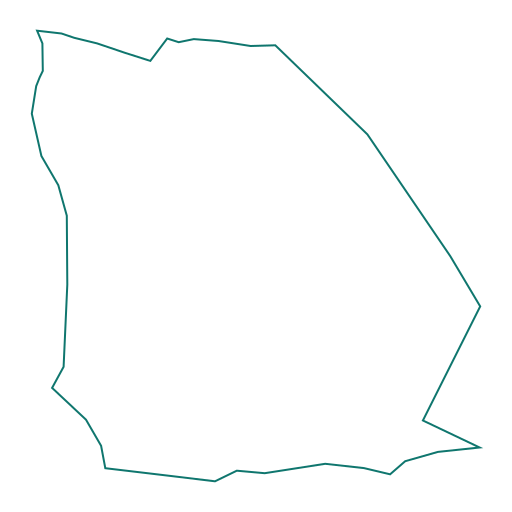 the district of Barh-El-Gazel Ouest, Barh El Gazel, Chad
{"feature_id": "50815135B59767652467514", "entity_name": "Barh-El-Gazel Ouest", "entity_type": "district", "adm_level": 2, "iso_a3": "TCD", "parent_name": "Chad", "parent_adm1": "Barh El Gazel", "projection": "orthographic", "projection_center": [16.14, 13.385], "detail": "fine", "context": "isolated", "style": "outline", "palette": "teal", "viewbox_px": 512, "rotation_deg": 0, "n_neighbors": 0, "source": "geoboundaries", "source_scale": "gbopen_adm2", "svg_char_len": 587}
<svg xmlns="http://www.w3.org/2000/svg" viewBox="0 0 512 512"><path d="M171.9,476.1L215.0,481.3L236.8,470.7L264.7,473.2L325.2,463.8L364.0,468.1L390.1,474.3L405.2,461.2L437.9,451.9L479.6,447.5L422.9,420.5L480.2,306.4L450.3,256.2L367.4,134.4L275.3,45.3L250.6,46.0L218.5,41.0L193.8,39.1L178.7,42.2L167.2,38.5L150.3,60.9L124.9,52.8L97.1,43.4L74.2,37.8L61.5,33.5L37.1,30.7L42.4,43.4L42.8,70.9L39.7,77.3L36.2,86.1L31.8,113.7L41.4,156.0L58.3,185.2L66.8,215.7L67.3,284.7L63.6,366.8L52.1,387.9L86.0,419.7L101.1,445.8L105.3,468.2L171.9,476.1Z" fill="none" stroke="#0f766e" stroke-width="2"/></svg>